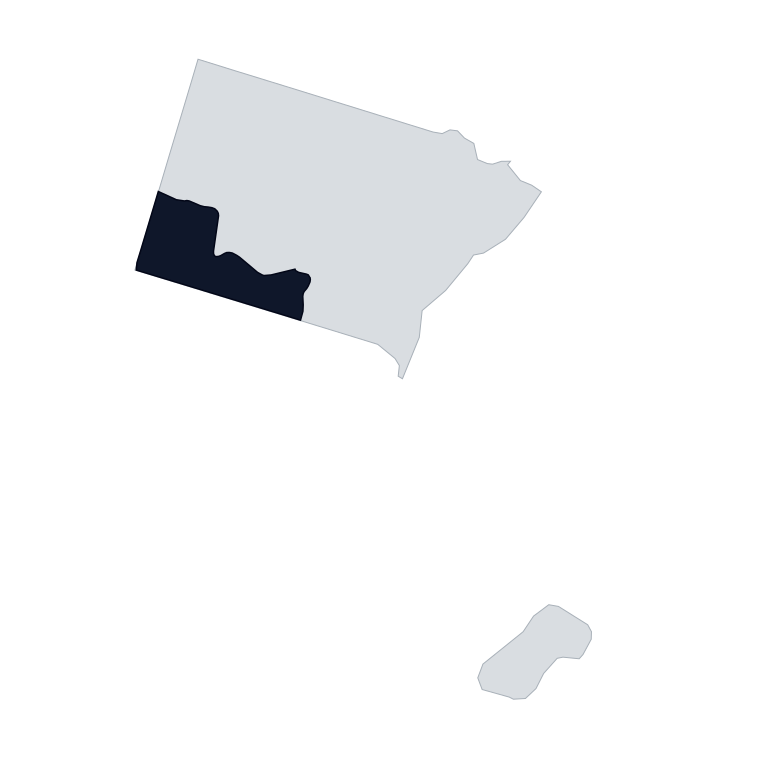 Equatorial Guinea, with Kié-Ntem highlighted, rotated 197°
{"feature_id": "GNQ-1469", "entity_name": "Kié-Ntem", "entity_type": "Province", "adm_level": 1, "iso_a3": "GNQ", "parent_name": "Equatorial Guinea", "parent_adm1": "", "projection": "orthographic", "projection_center": [10.81, 1.949], "detail": "fine", "context": "in_parent", "style": "filled", "palette": "ink", "viewbox_px": 768, "rotation_deg": 197, "n_neighbors": 0, "source": "natural_earth", "source_scale": "10m", "svg_char_len": 1686}
<svg xmlns="http://www.w3.org/2000/svg" viewBox="0 0 768 768"><g transform="rotate(197 384 384)"><path d="M655.5,420.2L655.7,463.8L655.9,500.7L656.2,540.6L656.4,582.2L656.6,617.4L656.8,640.2L618.2,640.0L567.0,639.9L515.9,639.7L464.7,639.5L439.0,639.4L410.7,639.3L401.5,640.5L395.2,646.3L387.7,647.6L379.0,642.7L368.4,640.3L365.5,635.2L360.2,626.0L349.7,625.0L344.4,626.0L336.8,631.3L328.2,634.0L329.9,629.8L313.0,618.4L300.9,617.3L289.7,613.8L298.8,584.2L310.1,558.0L327.1,538.3L336.1,533.5L339.0,523.7L352.4,491.5L369.0,465.4L363.9,438.9L367.9,394.4L372.7,395.6L373.5,399.8L374.7,406.1L380.9,411.6L401.6,420.1L463.2,420.2L499.9,420.2L554.2,420.2L611.8,420.2L655.5,420.2ZM168.1,120.4L172.7,121.2L200.8,120.5L208.4,130.4L207.5,145.1L178.5,187.8L173.1,205.8L161.9,221.1L152.2,222.3L118.8,213.3L113.2,207.8L111.2,200.5L114.6,183.5L117.0,178.3L133.0,175.1L138.2,172.3L146.7,153.9L149.6,137.2L156.8,124.6L168.1,120.4Z" fill="#d9dde1" stroke="#a8b0b8" stroke-width="1"/><path d="M482.5,420.6L485.3,420.6L541.6,420.6L597.9,420.6L654.2,420.5L655.7,427.8L655.7,442.9L656.0,492.2L656.1,502.1L636.5,499.5L628.3,500.7L626.2,501.8L623.9,502.1L611.9,500.8L607.7,501.0L604.0,501.8L600.2,502.3L597.1,502.1L594.0,500.5L592.4,498.8L591.4,496.5L585.9,461.3L585.1,458.8L583.8,457.2L582.2,456.6L579.6,457.6L577.7,459.0L574.7,462.2L572.9,463.7L570.3,464.6L567.3,464.9L562.5,464.0L559.2,463.0L537.6,453.8L532.4,452.7L530.6,452.6L523.8,455.3L502.7,467.8L501.7,466.6L498.3,465.8L490.3,466.4L488.3,466.2L486.2,464.3L485.8,464.1L485.0,462.4L484.6,460.0L485.1,455.6L485.8,452.8L487.4,449.1L487.7,446.8L487.3,444.1L484.4,436.0L482.8,429.9L482.5,420.6Z" fill="#0f172a" stroke="#020617" stroke-width="1.5"/></g></svg>